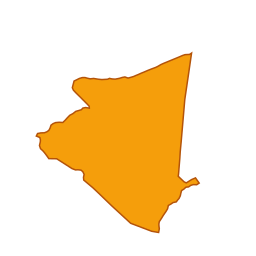 the district of São Miguel dos Campos, Alagoas, Brazil, rotated 108°
{"feature_id": "56859067B77062993140520", "entity_name": "São Miguel dos Campos", "entity_type": "district", "adm_level": 2, "iso_a3": "BRA", "parent_name": "Brazil", "parent_adm1": "Alagoas", "projection": "natural_earth1", "projection_center": [-36.106, -9.778], "detail": "fine", "context": "isolated", "style": "filled", "palette": "amber", "viewbox_px": 256, "rotation_deg": 108, "n_neighbors": 0, "source": "geoboundaries", "source_scale": "gbopen_adm2", "svg_char_len": 1648}
<svg xmlns="http://www.w3.org/2000/svg" viewBox="0 0 256 256"><g transform="rotate(108 128 128)"><path d="M207.1,119.3L217.8,96.0L218.9,73.6L217.9,66.6L214.1,67.1L211.8,68.2L209.7,69.0L207.4,69.3L203.4,68.2L200.4,67.5L198.0,66.8L195.7,66.1L192.6,65.4L189.2,65.7L187.1,63.7L185.0,62.1L183.3,59.2L181.3,58.6L179.3,57.7L176.3,57.3L173.5,57.6L170.9,57.7L168.9,56.0L166.4,54.6L165.3,52.2L163.2,50.6L161.7,48.5L160.7,45.1L158.4,43.3L154.6,48.4L157.4,51.6L162.2,55.6L161.9,58.0L158.4,65.3L156.2,65.7L140.6,69.4L134.4,71.0L125.0,73.1L83.3,82.8L57.4,87.2L37.1,90.7L39.0,92.2L40.6,96.4L42.0,98.3L44.7,101.4L48.2,105.5L51.6,109.5L55.6,114.2L57.5,116.3L60.3,118.8L62.0,120.6L64.1,123.3L66.9,126.7L68.3,128.3L69.8,130.0L71.8,132.4L74.0,134.8L75.5,136.6L77.3,138.6L78.8,140.8L80.5,143.4L80.4,146.7L81.7,149.1L83.4,151.5L85.5,155.3L86.3,158.5L86.5,160.9L88.0,162.6L88.9,165.0L90.0,167.8L90.8,171.4L91.5,176.0L92.9,179.1L93.2,182.0L93.3,184.5L94.2,187.1L95.9,189.6L98.0,191.7L100.0,193.8L106.9,193.4L108.9,191.6L110.6,188.5L111.8,186.1L112.9,183.9L115.3,179.2L117.8,174.3L119.3,171.6L121.1,170.9L121.6,174.6L123.0,177.1L125.0,178.0L126.5,180.1L128.3,182.8L131.3,184.8L133.9,187.3L136.7,188.7L140.1,190.2L142.9,191.7L143.8,195.2L145.2,198.5L147.0,200.6L149.1,202.1L152.3,202.1L154.8,202.6L156.8,204.1L158.4,206.1L159.6,209.4L161.2,212.3L164.0,212.7L164.3,208.9L166.4,207.6L168.4,207.1L172.0,206.8L174.7,204.8L175.9,202.1L177.2,199.9L179.3,196.9L181.6,193.8L179.3,186.3L183.9,168.7L184.1,165.0L183.2,162.7L182.6,159.7L183.5,157.5L185.7,155.4L188.7,155.1L191.2,154.0L195.7,142.9L198.3,137.4L207.1,119.3Z" fill="#f59e0b" stroke="#b45309" stroke-width="1.5"/></g></svg>